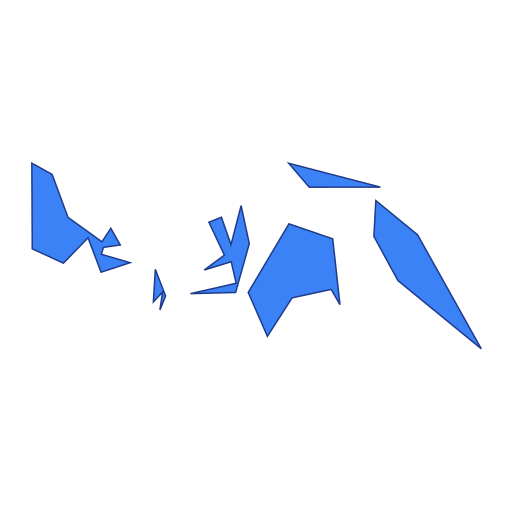 an SVG outline of Indonesia, rotated 179°
{"feature_id": "IDN", "entity_name": "Indonesia", "entity_type": "country or territory", "adm_level": 0, "iso_a3": "IDN", "parent_name": "Asia", "parent_adm1": "", "projection": "equal_earth", "projection_center": [119.503, -2.501], "detail": "coarse", "context": "isolated", "style": "filled", "palette": "blue", "viewbox_px": 512, "rotation_deg": 179, "n_neighbors": 0, "source": "natural_earth", "source_scale": "50m", "svg_char_len": 773}
<svg xmlns="http://www.w3.org/2000/svg" viewBox="0 0 512 512"><g transform="rotate(179 256 256)"><path d="M172.9,205.9L181.4,221.3L220.7,213.5L246.0,175.5L264.4,219.7L222.5,287.6L179.0,271.8L172.9,205.9ZM32.4,159.3L114.5,228.9L137.8,273.6L135.2,309.3L94.1,274.4L32.4,159.3ZM479.6,267.1L478.5,352.7L458.4,341.1L443.3,297.9L409.8,272.9L400.7,286.2L391.5,269.4L408.4,267.3L410.6,260.4L382.0,251.5L411.2,242.5L423.6,277.1L448.7,252.2L479.6,267.1ZM322.2,219.5L276.3,229.1L280.9,250.7L308.0,242.9L287.6,257.4L302.5,290.6L289.9,295.4L280.8,267.8L270.0,306.6L262.5,268.5L277.0,219.9L322.2,219.5ZM130.5,322.7L201.6,323.9L221.6,348.1L130.5,322.7ZM350.1,221.5L359.4,211.9L356.9,244.4L347.1,217.6L353.0,203.7L350.1,221.5Z" fill="#3b82f6" stroke="#1e3a8a" stroke-width="1.5"/></g></svg>